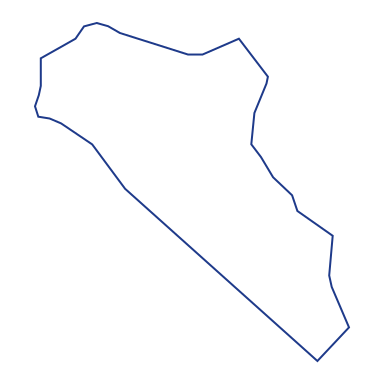 map outline of Dobrepolje (Equal Earth projection)
{"feature_id": "SVN-253", "entity_name": "Dobrepolje", "entity_type": "Municipality", "adm_level": 1, "iso_a3": "SVN", "parent_name": "Slovenia", "parent_adm1": "", "projection": "equal_earth", "projection_center": [14.721, 45.817], "detail": "fine", "context": "isolated", "style": "outline", "palette": "blue", "viewbox_px": 384, "rotation_deg": 0, "n_neighbors": 0, "source": "natural_earth", "source_scale": "10m", "svg_char_len": 474}
<svg xmlns="http://www.w3.org/2000/svg" viewBox="0 0 384 384"><path d="M238.9,38.7L267.9,76.7L266.5,83.5L254.4,113.0L251.3,144.3L261.0,157.1L273.1,177.3L292.1,195.3L297.4,211.0L332.7,235.8L329.2,275.5L331.7,286.9L349.0,327.4L317.4,361.0L125.1,188.8L92.2,144.4L61.1,123.4L49.6,118.5L38.3,116.7L35.0,106.3L38.8,95.2L40.8,85.9L40.8,58.3L75.5,38.7L84.0,26.4L96.7,23.0L108.1,26.2L119.9,33.0L187.9,54.5L202.6,54.5L238.9,38.7Z" fill="none" stroke="#1e3a8a" stroke-width="2"/></svg>